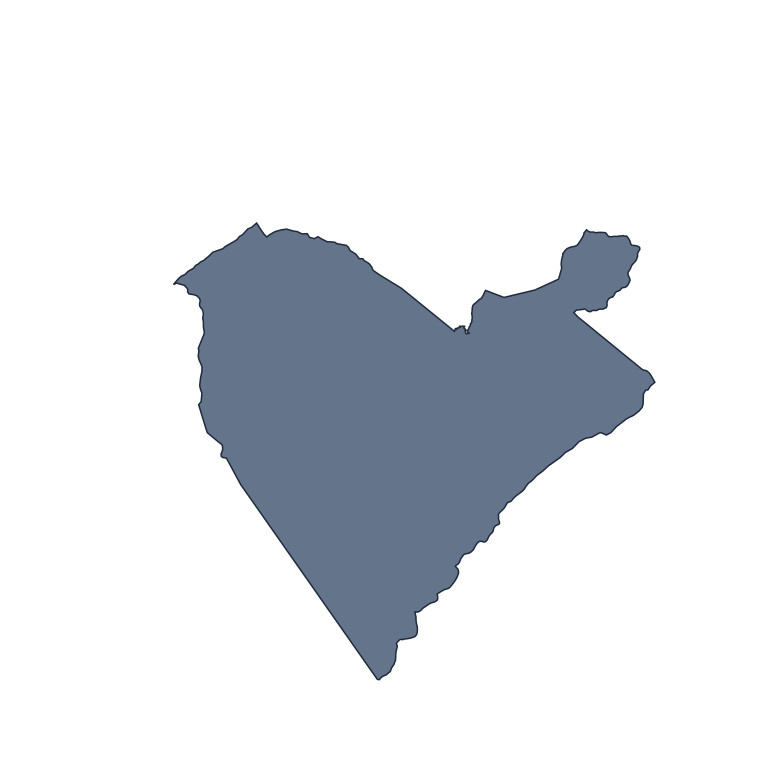 Cafayate, Salta, Argentina (Equal Earth projection), rotated 32°
{"feature_id": "61730980B8590137946072", "entity_name": "Cafayate", "entity_type": "district", "adm_level": 2, "iso_a3": "ARG", "parent_name": "Argentina", "parent_adm1": "Salta", "projection": "equal_earth", "projection_center": [-65.829, -26.11], "detail": "fine", "context": "isolated", "style": "filled", "palette": "slate", "viewbox_px": 768, "rotation_deg": 32, "n_neighbors": 0, "source": "geoboundaries", "source_scale": "gbopen_adm2", "svg_char_len": 6122}
<svg xmlns="http://www.w3.org/2000/svg" viewBox="0 0 768 768"><g transform="rotate(32 384 384)"><path d="M237.8,499.8L257.7,517.1L260.0,518.9L273.6,520.8L276.9,521.1L279.1,521.5L281.1,523.7L282.1,525.7L283.0,529.9L284.4,531.6L286.3,531.8L287.7,531.1L289.9,530.5L315.7,545.2L534.8,638.0L536.1,637.6L536.8,637.1L537.0,635.2L537.7,632.8L540.3,629.0L540.5,627.9L541.6,624.6L541.6,623.6L541.0,621.8L540.9,620.6L540.9,619.7L541.0,618.7L541.0,616.0L540.4,614.0L540.4,612.7L538.4,608.9L537.6,607.8L537.0,606.5L536.4,605.2L535.8,604.0L534.5,599.9L533.9,598.8L533.2,598.3L532.1,597.8L532.0,596.9L532.0,596.1L532.8,592.7L533.1,592.1L533.7,591.6L534.6,591.3L535.6,590.6L536.4,589.4L538.0,588.3L540.4,586.2L542.5,584.0L544.1,581.8L544.4,580.2L544.3,578.6L543.8,577.2L543.3,576.0L541.5,573.0L540.6,572.0L539.8,571.2L539.1,570.7L537.4,568.7L535.7,566.5L535.1,565.4L534.1,564.1L531.7,561.7L531.1,560.8L532.5,560.2L533.4,559.5L534.5,558.2L535.0,556.9L535.4,555.7L535.6,554.1L538.2,547.9L539.7,545.1L542.6,541.8L543.7,539.3L543.5,538.1L542.7,536.6L541.4,534.9L540.3,533.9L542.0,530.4L543.8,527.0L544.9,525.5L546.8,523.5L547.5,522.0L547.8,520.2L548.4,515.1L548.5,510.9L548.2,508.4L547.7,506.1L547.4,504.8L546.7,503.7L545.8,502.7L544.9,501.9L543.8,501.5L541.2,500.8L541.1,500.0L541.3,499.4L541.7,498.8L542.1,497.8L542.3,496.8L542.4,495.9L542.3,494.0L541.9,492.7L541.7,491.4L542.0,486.7L542.5,485.6L545.6,482.5L546.1,481.8L546.9,480.1L547.6,477.5L547.6,476.2L547.4,475.0L547.3,472.8L547.4,470.0L547.7,468.2L548.3,467.0L549.3,466.2L550.2,465.6L550.9,465.5L552.2,465.2L553.2,464.5L553.8,463.6L554.1,461.6L554.1,460.6L553.8,459.0L553.7,457.6L553.8,455.9L554.0,454.6L554.5,453.0L554.6,451.7L554.3,450.3L553.5,448.2L553.5,446.9L553.6,445.6L554.0,444.7L554.6,443.6L555.2,443.0L556.0,441.4L555.5,440.5L554.8,439.6L553.6,438.8L552.5,437.5L551.3,435.5L550.3,434.3L550.1,432.8L550.4,431.0L551.2,428.2L551.7,425.3L551.7,423.2L551.6,421.1L551.6,419.6L552.1,418.2L553.1,417.3L553.7,416.5L554.0,415.3L554.3,412.8L554.7,410.7L555.7,407.8L558.2,401.3L558.7,398.4L558.6,395.5L558.8,394.5L559.0,391.9L560.8,387.0L562.0,380.7L564.8,373.6L566.8,366.3L572.4,352.9L574.1,346.0L578.0,338.7L579.9,329.7L583.6,323.3L588.5,318.8L593.0,310.7L595.3,310.0L599.6,309.5L602.2,304.9L603.7,297.0L608.3,284.6L612.3,278.1L614.7,271.5L615.3,267.2L614.4,263.8L609.2,254.8L609.2,250.6L611.0,249.1L611.0,244.4L611.8,242.3L612.8,239.0L605.4,235.0L603.4,234.2L599.7,233.6L595.8,234.9L512.5,224.3L507.2,222.9L508.0,219.4L513.0,215.5L514.1,214.2L515.5,213.9L517.3,214.2L518.8,214.2L520.9,213.2L521.6,211.5L522.8,210.4L524.6,209.6L525.8,208.4L526.3,207.1L527.7,205.9L530.1,204.5L531.0,202.8L532.1,201.4L531.5,199.0L530.0,197.0L529.3,194.4L529.7,192.0L530.7,190.0L531.8,189.2L532.0,187.5L531.8,185.0L532.1,182.7L533.4,181.1L534.5,179.3L534.8,176.7L535.7,175.5L536.8,174.7L537.8,173.4L538.3,172.0L538.3,170.2L538.1,167.8L537.7,165.6L536.1,163.9L534.6,163.1L532.9,161.9L531.8,159.9L531.9,155.6L531.4,153.8L531.3,151.9L531.5,150.0L532.0,148.0L532.2,144.9L531.4,141.3L529.7,138.8L529.6,134.2L528.4,132.7L526.3,132.6L523.2,133.7L521.6,134.6L520.4,134.9L518.9,134.4L517.3,132.8L515.2,131.5L513.3,130.6L511.4,130.0L510.3,130.8L507.8,131.6L507.0,132.7L504.8,133.9L504.2,134.9L502.2,136.0L500.5,137.1L499.3,138.3L498.0,139.1L496.2,139.9L494.2,139.2L492.5,138.5L491.2,138.5L489.1,139.6L487.0,140.8L485.1,142.1L483.1,143.7L481.4,144.0L480.1,144.7L478.4,145.9L476.5,146.2L474.0,145.9L473.8,148.0L473.5,149.8L474.3,151.6L474.6,154.0L474.6,159.5L474.4,163.2L474.1,164.3L472.5,166.5L470.3,168.4L468.9,170.1L467.5,172.2L466.8,174.9L466.6,178.6L467.6,180.7L468.4,183.4L469.3,185.6L470.7,188.5L472.1,190.1L473.6,192.3L474.4,195.5L475.3,198.3L476.4,202.7L462.2,224.3L439.9,247.0L420.5,250.8L420.6,251.3L420.7,253.5L421.1,255.6L421.1,257.6L421.2,258.8L421.1,259.9L420.7,260.7L420.0,261.8L419.7,263.3L419.1,265.3L418.9,266.5L418.4,267.5L418.2,268.0L417.8,269.7L417.8,270.3L417.9,270.9L418.4,272.4L418.6,272.9L419.0,273.4L419.9,275.3L420.4,276.1L421.0,277.8L422.7,279.5L423.4,280.7L424.3,282.0L424.4,282.9L424.7,283.4L425.5,284.7L425.6,285.0L425.6,285.6L425.5,286.0L425.4,286.8L425.5,287.4L426.2,288.7L426.2,289.6L426.0,290.0L426.0,290.4L426.4,291.6L426.5,292.4L426.4,293.4L427.1,294.9L427.8,295.5L428.1,295.8L428.5,295.8L428.9,295.9L429.2,295.8L429.2,296.2L428.9,296.4L428.5,296.6L427.7,296.9L427.5,297.1L427.5,297.5L427.2,297.8L426.6,297.8L426.2,297.5L425.8,297.0L425.6,296.4L425.4,296.2L424.7,296.1L424.5,295.8L424.6,295.6L425.2,295.4L425.4,294.9L425.2,294.8L424.2,295.0L423.2,294.1L422.6,294.3L422.3,294.3L422.0,294.1L421.8,293.8L421.7,293.5L421.9,293.0L422.0,292.6L421.7,292.3L420.9,292.8L420.1,293.1L419.3,293.9L418.9,294.1L418.7,294.3L418.6,295.4L418.3,295.4L417.9,294.7L417.7,294.7L417.5,295.0L417.5,295.3L417.7,295.7L417.6,296.3L417.2,297.6L416.6,297.6L416.4,298.2L416.5,298.8L416.4,299.1L415.9,298.7L415.6,298.7L415.5,298.9L415.3,299.4L415.2,299.7L415.7,301.4L415.8,302.0L362.0,295.3L348.1,293.6L322.1,293.8L314.5,293.4L311.5,291.2L308.6,290.1L306.4,289.7L301.9,289.9L299.7,289.0L296.6,290.8L291.1,288.8L284.7,288.8L281.1,286.8L278.5,286.4L269.8,289.9L267.0,289.9L263.4,291.7L260.6,293.4L254.1,294.1L249.9,294.1L247.9,297.6L243.1,299.1L239.3,297.2L234.7,300.2L229.8,300.7L225.8,302.4L219.4,304.2L215.0,307.9L210.8,312.6L208.1,317.6L206.6,321.4L202.8,320.5L198.0,318.5L190.7,315.0L188.7,321.4L186.3,324.7L184.9,332.6L183.2,335.5L182.9,339.2L181.1,343.0L176.5,351.6L175.6,354.7L169.0,363.0L167.7,368.3L165.7,374.5L163.7,377.8L162.8,380.9L161.3,383.5L161.2,386.6L158.0,392.6L157.3,396.3L154.8,400.3L153.7,404.7L152.7,411.2L154.6,408.6L155.3,407.9L156.5,407.9L158.6,407.2L162.3,406.2L166.1,407.1L167.6,407.9L168.5,409.9L170.9,411.0L175.6,409.0L178.3,408.4L179.7,408.6L182.2,409.2L184.2,411.0L184.7,413.0L186.2,415.4L188.3,416.5L190.2,417.0L191.8,418.2L193.8,420.5L194.7,422.7L195.5,424.5L197.2,426.2L198.3,427.6L199.2,429.1L200.7,431.4L202.5,433.4L204.6,435.9L205.2,438.4L207.2,450.0L207.7,452.3L209.4,453.9L211.7,458.9L214.5,461.6L219.6,465.1L220.7,466.1L222.9,469.8L225.3,476.3L228.6,483.1L231.4,485.9L234.4,488.2L238.2,495.7L237.8,499.8Z" fill="#64748b" stroke="#1e293b" stroke-width="1.5"/></g></svg>